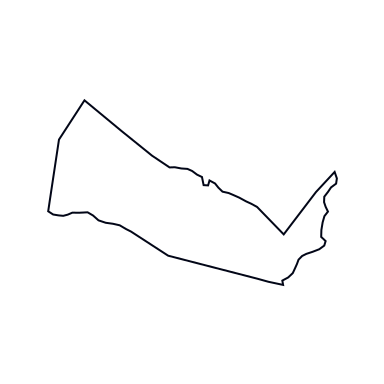 outline of Granjeiro, Ceará, Brazil, rotated 213°
{"feature_id": "56859067B11059555749091", "entity_name": "Granjeiro", "entity_type": "district", "adm_level": 2, "iso_a3": "BRA", "parent_name": "Brazil", "parent_adm1": "Ceará", "projection": "mercator", "projection_center": [-39.273, -6.924], "detail": "fine", "context": "isolated", "style": "outline", "palette": "ink", "viewbox_px": 384, "rotation_deg": 213, "n_neighbors": 0, "source": "geoboundaries", "source_scale": "gbopen_adm2", "svg_char_len": 1021}
<svg xmlns="http://www.w3.org/2000/svg" viewBox="0 0 384 384"><g transform="rotate(213 192 192)"><path d="M332.1,210.3L332.1,199.8L332.1,171.8L332.1,163.5L306.9,108.0L302.1,97.5L296.2,97.5L291.2,99.7L287.0,101.9L283.9,105.3L281.1,109.5L275.4,113.1L268.5,118.1L262.2,118.4L255.0,117.3L247.6,119.2L241.0,122.3L234.5,124.7L227.2,125.0L221.6,125.6L188.0,125.6L177.3,125.6L89.9,154.9L79.1,158.3L65.0,163.7L68.0,166.9L64.8,172.7L63.3,178.9L64.1,184.5L64.8,188.9L65.8,193.3L64.8,198.3L62.4,202.4L58.3,207.5L54.1,213.3L51.9,219.1L53.2,223.6L59.2,224.7L62.8,230.6L65.9,237.7L67.8,243.9L67.3,249.6L71.9,252.4L75.7,255.4L78.5,260.1L78.0,266.2L77.9,271.6L75.7,277.5L77.9,282.3L83.3,286.5L88.0,259.5L92.0,206.4L129.3,214.9L136.0,214.4L141.5,213.6L149.3,213.0L156.2,211.9L160.7,211.1L166.6,208.9L172.2,210.0L177.3,211.7L183.6,211.2L182.1,206.3L186.0,204.1L191.8,210.0L197.2,209.3L203.3,209.7L208.4,208.9L213.8,205.9L219.9,203.4L224.2,200.4L245.2,200.7L284.7,204.8L332.1,210.3Z" fill="none" stroke="#020617" stroke-width="2"/></g></svg>